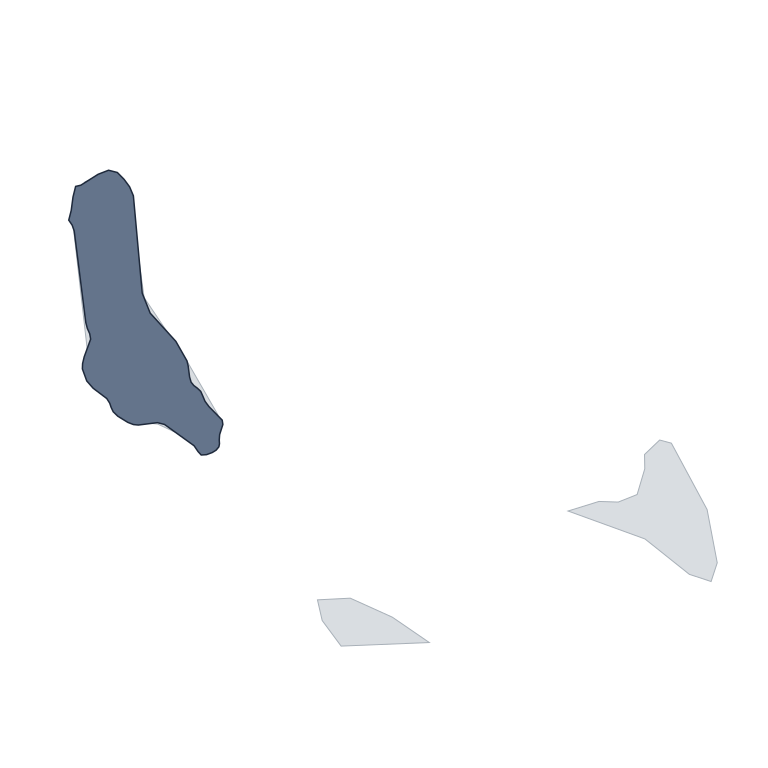 where Andjazîdja sits in Comoros, rotated 349°
{"feature_id": "COM-4935", "entity_name": "Andjazîdja", "entity_type": "state/province", "adm_level": 1, "iso_a3": "COM", "parent_name": "Comoros", "parent_adm1": "", "projection": "natural_earth1", "projection_center": [43.361, -11.647], "detail": "fine", "context": "in_parent", "style": "filled", "palette": "slate", "viewbox_px": 768, "rotation_deg": 349, "n_neighbors": 0, "source": "natural_earth", "source_scale": "10m", "svg_char_len": 1345}
<svg xmlns="http://www.w3.org/2000/svg" viewBox="0 0 768 768"><g transform="rotate(349 384 384)"><path d="M203.6,403.0L195.1,409.9L154.3,380.2L131.0,373.2L96.8,325.1L109.9,158.6L120.9,137.2L129.1,128.5L148.1,125.4L171.1,146.3L165.0,253.4L195.5,325.5L215.1,382.6L203.6,403.0ZM654.8,496.9L677.2,568.9L677.0,623.1L667.4,640.3L647.4,629.1L610.6,585.9L540.4,543.8L572.6,540.3L591.4,544.6L611.4,540.8L623.8,517.0L626.3,502.9L643.9,491.6L654.8,496.9ZM347.7,614.5L379.1,646.4L291.9,633.1L278.2,604.4L277.5,583.2L310.0,587.8L347.7,614.5Z" fill="#d9dde1" stroke="#a8b0b8" stroke-width="1"/><path d="M203.9,361.5L205.0,366.8L207.8,372.7L218.3,388.6L218.1,393.0L213.0,402.3L211.6,407.5L211.1,411.3L209.9,414.2L206.6,416.9L202.4,418.5L196.3,419.5L191.0,418.8L188.6,414.9L185.8,408.4L160.8,381.8L154.2,378.7L135.0,377.4L130.3,376.0L125.2,372.8L116.6,364.9L112.9,359.6L111.7,355.0L111.1,350.5L109.1,345.4L97.7,332.7L92.8,324.3L90.8,311.6L92.0,306.5L94.9,300.1L104.6,284.0L104.7,278.5L103.4,272.9L103.0,266.8L109.1,174.7L108.2,168.6L105.8,163.0L110.1,153.9L114.4,141.1L119.0,131.2L124.3,131.0L143.3,123.6L154.4,121.6L162.6,125.5L167.9,133.5L171.9,141.9L173.9,151.4L164.0,248.7L168.0,269.8L187.8,302.4L195.0,323.7L195.2,329.1L194.5,340.1L195.0,345.4L197.0,349.2L200.0,352.5L202.7,356.3L203.9,361.5Z" fill="#64748b" stroke="#1e293b" stroke-width="1.5"/></g></svg>